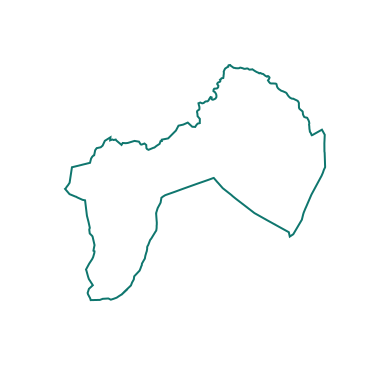 the district of San Mateo Peñasco, Oaxaca, Mexico, rotated 328°
{"feature_id": "50627088B42338204291067", "entity_name": "San Mateo Peñasco", "entity_type": "district", "adm_level": 2, "iso_a3": "MEX", "parent_name": "Mexico", "parent_adm1": "Oaxaca", "projection": "robinson", "projection_center": [-97.488, 17.14], "detail": "fine", "context": "isolated", "style": "outline", "palette": "teal", "viewbox_px": 384, "rotation_deg": 328, "n_neighbors": 0, "source": "geoboundaries", "source_scale": "gbopen_adm2", "svg_char_len": 4430}
<svg xmlns="http://www.w3.org/2000/svg" viewBox="0 0 384 384"><g transform="rotate(328 192 192)"><path d="M236.9,130.7L237.4,134.1L235.1,137.7L233.0,137.0L231.0,137.6L229.2,138.5L226.8,136.8L225.2,130.9L220.3,130.2L215.7,128.6L210.9,131.4L200.2,133.9L194.1,131.6L193.4,132.8L192.3,132.2L190.0,134.0L186.2,134.1L183.7,134.4L182.9,134.1L177.5,133.2L176.7,131.9L176.6,130.6L178.1,127.9L177.4,125.7L174.4,125.1L173.7,124.4L173.7,121.2L170.3,118.2L166.6,117.2L163.6,116.4L161.7,115.5L159.2,113.7L157.2,114.7L155.1,108.1L155.1,107.1L153.1,106.4L152.3,105.3L150.0,104.8L151.8,102.4L150.6,102.4L145.2,102.4L140.8,105.3L138.3,105.7L134.4,104.3L132.0,105.3L128.5,109.0L128.0,108.8L126.1,109.2L125.9,109.3L124.1,110.2L121.0,113.2L108.1,109.0L103.3,107.4L93.1,119.3L90.5,120.5L88.5,121.2L87.1,121.9L86.0,122.1L87.0,128.9L91.0,134.5L91.3,134.7L91.8,135.8L95.0,140.6L96.9,142.4L90.3,156.5L88.4,162.5L86.4,168.1L86.1,168.5L85.9,168.6L84.9,169.5L83.3,173.0L84.1,176.5L84.0,177.3L81.2,185.4L79.2,187.5L78.9,187.8L77.3,189.6L77.9,190.6L76.9,191.9L73.7,194.8L71.8,196.0L66.8,198.3L61.0,201.6L60.8,202.7L59.0,208.7L58.4,211.2L58.5,218.5L53.3,219.5L50.0,222.3L49.6,223.7L49.3,228.2L48.8,230.0L56.7,234.7L59.7,235.3L64.5,237.9L64.8,238.2L66.1,240.3L68.8,241.0L72.1,241.7L75.1,241.6L78.0,241.6L80.8,241.0L80.6,241.2L83.7,240.6L83.4,240.4L90.7,238.9L93.2,237.0L96.3,235.3L98.3,232.9L105.9,230.9L108.0,229.4L109.6,228.1L110.5,227.6L111.6,226.2L115.3,224.2L116.7,223.5L118.6,221.4L121.4,218.9L122.1,218.4L123.9,216.4L124.4,215.5L125.3,214.5L126.7,213.8L130.3,211.1L131.3,210.4L132.6,210.0L139.0,206.8L139.2,206.7L140.0,206.3L140.2,206.2L141.2,205.8L142.9,203.8L144.4,201.5L144.7,201.2L146.0,199.2L146.6,198.0L146.7,197.8L150.3,191.0L150.4,190.9L150.5,190.9L150.6,190.7L154.3,187.5L159.7,184.4L163.0,180.7L164.9,180.5L165.8,180.5L166.1,180.5L166.7,180.5L167.4,180.5L168.5,180.7L177.4,182.7L185.5,184.4L200.1,187.6L212.4,190.4L217.2,191.4L217.3,191.4L217.9,191.6L218.8,197.5L218.9,197.8L220.1,205.1L223.7,215.1L224.1,216.4L224.1,216.6L225.5,220.7L233.8,243.0L236.8,248.5L240.5,255.3L246.4,265.9L252.8,277.4L251.3,281.6L255.5,281.5L270.5,273.7L274.4,269.9L275.9,268.6L276.9,267.9L279.0,266.4L279.5,266.0L280.2,265.6L291.9,257.5L310.5,246.9L313.4,244.9L314.2,244.2L315.7,243.0L317.6,241.8L318.1,241.4L325.3,229.0L325.8,227.8L326.1,227.3L330.1,220.8L334.9,213.8L335.2,208.0L324.1,207.5L323.6,207.3L324.0,204.8L323.9,203.4L324.6,201.9L325.0,200.8L326.4,198.2L327.0,196.8L327.9,195.9L328.5,194.4L328.8,193.0L328.9,191.2L329.0,190.2L328.7,189.7L327.8,189.0L327.0,187.9L326.9,187.4L327.0,186.9L327.2,185.1L328.4,182.6L328.4,182.0L327.9,180.6L327.4,179.0L327.2,178.1L327.5,177.0L328.0,176.2L328.7,174.9L329.8,173.2L330.0,171.5L329.8,170.5L329.4,169.9L328.8,168.9L328.2,168.0L327.6,167.0L327.2,166.4L326.4,166.0L325.9,165.3L325.2,164.2L325.0,163.4L324.7,162.4L324.6,161.4L324.5,159.5L324.6,159.0L324.5,158.1L324.1,157.1L323.4,156.2L322.8,155.2L321.9,154.1L321.2,153.2L320.9,152.3L320.4,151.3L320.2,150.7L319.9,149.5L319.9,148.3L320.1,147.3L320.8,145.3L320.5,144.5L318.4,143.0L316.9,142.1L316.0,141.3L315.8,140.5L315.6,139.4L315.6,137.6L316.5,137.3L317.9,136.5L318.4,136.0L318.4,135.5L318.1,134.3L317.8,133.9L317.1,133.7L316.7,133.9L315.8,132.4L314.9,129.7L313.5,128.3L313.3,127.6L312.8,127.1L311.9,127.0L311.4,125.9L310.4,124.5L309.4,122.6L308.2,119.9L307.3,119.6L306.4,119.1L305.6,118.7L305.1,117.9L304.8,117.0L304.3,116.5L304.0,116.3L303.4,116.1L302.4,115.7L301.6,115.2L301.0,114.6L300.7,114.0L299.9,113.2L299.1,112.3L298.6,112.0L298.1,112.0L297.4,111.9L296.5,111.4L295.6,110.8L294.7,110.2L294.2,109.6L293.1,108.7L292.4,106.9L291.9,105.8L291.8,105.5L291.7,104.6L290.6,104.0L289.9,104.0L289.3,104.9L288.8,105.0L288.4,104.8L285.5,104.9L284.4,105.5L282.6,106.8L282.2,107.8L281.4,108.9L280.6,109.8L279.9,110.8L278.9,111.9L277.3,111.2L276.4,111.6L275.5,111.6L275.2,111.7L275.3,112.1L274.9,112.9L274.1,113.3L273.1,113.1L272.0,113.0L270.9,113.4L270.5,114.1L270.6,114.7L270.7,115.8L269.6,117.1L268.2,117.4L267.1,117.0L265.9,116.3L265.5,116.2L264.4,116.8L263.6,117.9L264.4,119.6L264.3,121.9L263.7,123.4L262.9,124.5L261.4,125.2L260.0,125.1L258.9,124.9L258.2,124.5L257.8,123.6L258.8,122.2L258.1,121.3L257.5,121.5L255.9,122.3L254.3,123.2L253.1,123.3L251.8,122.5L250.7,122.4L249.0,122.7L247.6,122.2L246.4,120.5L244.5,120.2L243.9,121.9L243.4,123.6L242.8,124.8L241.9,125.9L239.6,126.0L238.7,126.7L238.1,128.4L236.9,130.7Z" fill="none" stroke="#0f766e" stroke-width="2"/></g></svg>